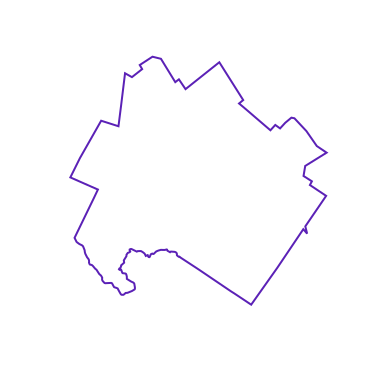 outline of Rutland, Vermont, United States of America, rotated 302°
{"feature_id": "52423323B74682295131774", "entity_name": "Rutland", "entity_type": "district", "adm_level": 2, "iso_a3": "USA", "parent_name": "United States of America", "parent_adm1": "Vermont", "projection": "robinson", "projection_center": [-73.236, 43.575], "detail": "fine", "context": "isolated", "style": "outline", "palette": "violet", "viewbox_px": 384, "rotation_deg": 302, "n_neighbors": 0, "source": "geoboundaries", "source_scale": "gbopen_adm2", "svg_char_len": 2063}
<svg xmlns="http://www.w3.org/2000/svg" viewBox="0 0 384 384"><g transform="rotate(302 192 192)"><path d="M90.9,116.7L88.6,120.4L88.4,121.3L88.2,124.1L88.5,127.0L88.2,128.4L85.8,131.7L84.0,133.2L83.0,134.4L81.0,137.7L80.4,139.5L79.8,140.5L78.8,141.4L77.5,142.1L76.6,143.3L76.4,144.1L77.0,145.6L76.8,147.0L75.7,150.4L75.6,150.8L75.5,152.1L73.3,156.8L72.9,159.2L71.8,161.2L70.2,162.1L69.6,162.7L69.2,163.4L68.5,166.0L68.7,166.8L72.0,171.5L72.2,172.2L72.1,172.7L70.1,176.2L70.1,176.7L70.6,178.6L70.8,180.1L69.7,181.9L67.8,185.4L67.5,186.3L67.6,186.9L68.4,188.2L69.1,188.6L71.2,189.2L72.4,190.8L76.3,193.6L78.1,194.5L78.8,194.9L79.6,194.9L80.9,194.1L83.6,191.7L83.9,191.2L84.1,190.2L83.8,187.8L83.8,182.8L85.8,181.5L87.2,180.0L87.6,179.3L87.6,178.8L86.4,176.1L86.9,175.2L88.4,173.3L88.5,173.1L87.6,171.8L87.8,171.0L88.8,171.0L89.4,171.4L89.9,171.5L92.1,171.0L92.3,170.8L96.1,171.9L97.9,170.4L102.8,170.4L104.1,169.7L106.3,169.8L107.9,171.0L108.7,171.2L109.7,169.8L110.2,169.6L110.9,170.0L111.4,170.5L111.6,171.1L112.2,176.8L113.0,177.2L114.4,179.2L114.9,180.3L114.9,182.2L114.7,184.0L114.6,184.5L113.3,186.7L114.9,187.7L115.0,187.9L114.2,188.8L113.9,189.7L114.1,190.3L114.5,190.5L117.4,190.1L118.7,190.9L118.8,191.8L119.2,192.3L122.7,193.2L124.5,194.5L126.4,196.2L128.4,199.6L129.8,200.9L129.9,201.4L129.2,202.3L129.3,205.3L130.1,205.5L130.5,206.0L130.8,206.6L132.0,208.9L132.3,210.0L132.1,211.2L131.6,211.9L130.4,212.7L130.1,213.8L130.1,215.5L130.5,215.7L130.3,217.3L129.9,236.1L129.8,239.8L128.4,278.1L128.4,278.4L128.4,281.3L128.3,285.0L127.8,301.9L172.8,304.5L219.4,306.1L217.7,311.7L222.9,306.3L259.8,307.8L260.4,288.3L264.6,288.0L264.7,278.1L274.1,274.2L296.7,285.3L297.1,273.5L304.3,256.7L308.8,239.8L307.7,236.9L300.1,234.4L292.6,233.0L293.0,227.1L285.9,225.8L291.3,190.1L292.0,185.0L297.1,186.7L316.5,146.4L275.8,132.0L280.6,121.2L276.3,119.6L288.5,95.1L285.8,86.8L272.0,80.4L269.8,84.6L257.6,80.2L257.2,72.3L228.5,85.7L208.8,94.8L204.3,77.2L161.3,79.0L139.9,81.1L144.2,110.9L135.7,111.9L90.9,116.7Z" fill="none" stroke="#5b21b6" stroke-width="2"/></g></svg>